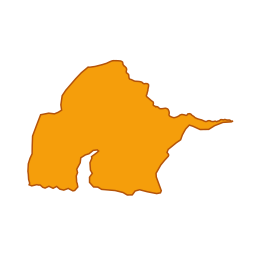 the district of Faro, Nord, Cameroon, rotated 83°
{"feature_id": "32672807B99512491314233", "entity_name": "Faro", "entity_type": "district", "adm_level": 2, "iso_a3": "CMR", "parent_name": "Cameroon", "parent_adm1": "Nord", "projection": "natural_earth1", "projection_center": [12.816, 8.422], "detail": "fine", "context": "isolated", "style": "filled", "palette": "amber", "viewbox_px": 256, "rotation_deg": 83, "n_neighbors": 0, "source": "geoboundaries", "source_scale": "gbopen_adm2", "svg_char_len": 2808}
<svg xmlns="http://www.w3.org/2000/svg" viewBox="0 0 256 256"><g transform="rotate(83 128 128)"><path d="M172.3,233.1L173.7,230.6L173.1,225.4L173.7,223.9L173.9,222.1L176.5,219.8L177.5,217.6L176.2,213.6L178.7,209.7L177.3,205.9L180.4,203.1L181.8,199.3L180.7,194.7L183.7,190.3L183.5,188.5L180.4,185.0L176.7,185.2L175.5,185.6L173.3,185.4L169.3,185.2L166.1,183.5L162.6,183.9L156.7,179.7L151.8,178.5L149.5,173.6L148.8,169.8L146.0,165.3L146.0,161.1L147.3,160.0L148.6,161.7L152.0,167.7L153.5,167.5L157.9,170.0L165.2,170.4L168.7,169.0L172.2,172.2L177.3,172.8L182.3,169.4L183.0,165.1L185.7,161.7L188.5,148.4L191.4,140.8L194.4,136.9L194.9,131.9L191.4,128.6L190.7,124.0L192.4,119.7L193.6,116.7L196.6,107.5L196.3,103.7L194.3,102.6L180.1,105.9L176.4,105.7L168.7,100.0L164.4,95.5L160.9,91.4L160.1,91.0L159.1,91.0L157.0,92.3L154.1,90.7L148.5,81.8L146.1,77.2L141.5,74.9L137.6,72.1L135.9,70.8L132.6,66.8L133.8,64.1L134.2,63.3L138.3,56.6L139.2,48.1L136.2,41.6L134.0,33.1L134.5,24.6L133.9,22.9L133.8,24.7L132.5,26.1L132.3,27.4L132.2,27.9L132.3,28.2L132.2,28.8L131.5,30.3L131.3,31.1L131.6,32.2L131.1,33.9L131.0,35.1L131.2,35.5L131.8,36.0L132.1,37.0L132.0,37.7L132.4,38.5L132.5,39.4L132.0,40.1L131.8,40.8L132.0,42.1L131.9,43.4L131.5,44.7L130.7,45.9L130.5,47.6L130.9,48.6L131.1,49.4L131.0,50.3L130.6,51.2L128.9,54.0L128.4,55.4L127.8,56.8L127.4,57.7L126.0,60.1L124.6,61.3L122.8,63.4L122.3,63.5L121.3,64.9L121.3,66.9L122.2,67.8L122.5,68.2L122.6,68.9L122.0,70.0L121.3,72.1L121.1,73.1L121.3,74.0L121.7,75.3L122.3,76.1L123.1,78.6L123.4,80.8L123.4,81.2L122.5,83.3L121.4,85.0L120.6,85.6L119.4,85.7L118.9,85.4L117.6,85.2L116.5,85.3L115.7,85.5L115.2,85.7L114.6,85.9L113.9,86.4L113.2,87.6L112.9,88.6L113.0,91.0L112.9,93.0L112.6,94.2L110.9,95.7L110.5,96.3L109.9,98.3L110.0,98.3L109.4,99.0L109.1,99.5L108.5,100.1L107.7,100.1L106.4,99.7L105.2,99.9L103.6,101.6L100.5,104.4L99.2,105.6L98.7,105.8L97.8,105.8L96.7,105.1L95.7,104.8L93.1,103.7L92.0,103.5L89.1,102.5L87.8,102.3L87.3,102.4L86.6,103.1L86.2,103.8L86.2,104.3L86.0,105.2L86.1,106.5L85.7,107.3L85.2,107.9L84.9,108.0L84.2,108.7L83.7,109.7L83.2,111.2L82.8,113.1L82.6,114.5L82.2,115.9L80.4,118.7L79.8,120.2L79.1,120.7L78.2,120.9L76.7,120.9L75.5,120.8L74.9,121.0L73.9,121.8L73.3,122.5L73.0,122.8L71.8,122.9L69.7,122.2L68.6,122.3L67.7,122.7L66.0,124.1L66.0,124.3L65.3,124.7L64.2,125.3L63.2,125.2L61.9,125.4L61.3,126.0L60.6,127.1L60.0,129.9L59.4,134.0L59.4,135.4L59.6,136.3L59.9,137.5L60.7,140.0L61.2,141.5L62.0,146.1L62.9,153.1L63.0,157.9L62.9,160.0L62.7,160.2L67.5,167.6L72.8,174.0L82.0,184.1L82.9,185.1L87.9,189.4L96.8,191.8L102.2,191.7L103.9,195.3L105.0,199.3L103.6,204.9L104.2,213.1L115.5,219.1L116.1,219.4L124.4,223.7L133.8,225.2L141.9,226.3L146.3,229.0L151.4,231.3L158.7,232.6L161.9,232.6L166.9,232.9L170.8,232.3L172.3,233.1Z" fill="#f59e0b" stroke="#b45309" stroke-width="1.5"/></g></svg>